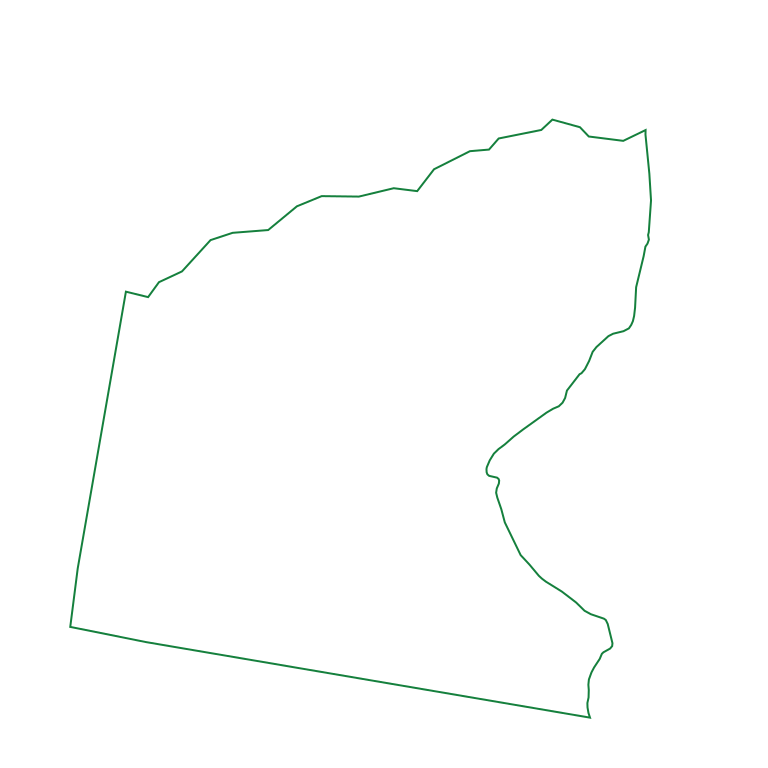 the district of Crawford, Wisconsin, United States of America, rotated 190°
{"feature_id": "52423323B39438565558439", "entity_name": "Crawford", "entity_type": "district", "adm_level": 2, "iso_a3": "USA", "parent_name": "United States of America", "parent_adm1": "Wisconsin", "projection": "albers", "projection_center": [-91.077, 43.206], "detail": "fine", "context": "isolated", "style": "outline", "palette": "green", "viewbox_px": 768, "rotation_deg": 190, "n_neighbors": 0, "source": "geoboundaries", "source_scale": "gbopen_adm2", "svg_char_len": 1409}
<svg xmlns="http://www.w3.org/2000/svg" viewBox="0 0 768 768"><g transform="rotate(190 384 384)"><path d="M650.8,90.3L574.0,88.5L123.2,91.2L125.5,95.5L127.4,100.8L128.3,105.1L128.1,110.8L129.2,118.2L130.5,123.3L130.9,128.6L129.6,136.0L127.9,141.3L123.8,150.8L122.6,156.1L121.3,157.9L115.4,162.7L113.8,165.5L114.0,168.4L122.0,186.5L124.6,190.1L126.7,191.1L140.3,193.2L147.1,195.5L156.9,202.2L172.9,210.5L190.1,217.4L194.6,219.7L198.2,222.0L209.5,231.5L219.7,239.2L241.0,268.7L246.7,281.0L252.7,291.8L254.7,296.4L254.8,300.7L253.6,305.9L253.8,308.9L254.7,310.4L256.4,311.4L264.5,311.8L266.5,313.0L267.6,314.9L268.3,318.0L268.3,319.9L266.6,327.2L263.7,334.5L259.9,339.8L254.6,345.4L247.2,354.7L239.2,363.3L219.0,384.0L213.2,389.0L208.0,392.4L204.9,396.6L203.2,401.7L202.7,409.3L193.1,427.6L191.4,428.9L188.7,433.5L186.0,442.3L184.1,451.9L181.2,457.3L171.3,470.1L167.1,473.3L157.3,477.6L152.5,481.3L150.8,485.1L149.8,489.1L149.5,494.4L150.0,502.8L152.5,523.1L150.5,554.9L150.4,564.7L148.9,568.0L148.2,572.2L149.8,576.6L149.6,579.5L152.9,611.1L159.2,637.2L169.8,675.0L170.5,679.5L190.6,665.0L225.3,663.3L235.6,670.9L264.1,673.6L273.2,661.5L313.7,645.7L321.3,633.1L339.8,628.2L372.0,604.2L384.8,579.7L408.4,578.5L441.3,564.2L478.0,558.2L500.6,543.9L524.8,515.5L559.3,506.6L579.8,495.6L602.5,459.8L623.3,445.2L631.4,428.6L654.2,430.1L653.6,149.2L650.8,90.3Z" fill="none" stroke="#15803d" stroke-width="2"/></g></svg>